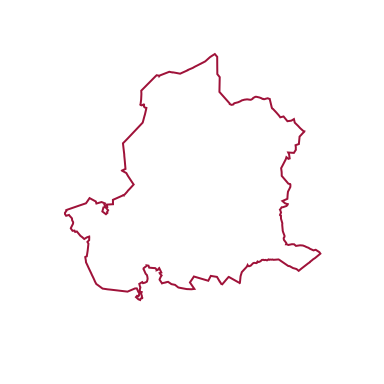 outline of Lauberes pag., Ogre, Latvia, rotated 332°
{"feature_id": "27541924B63076675035337", "entity_name": "Lauberes pag.", "entity_type": "district", "adm_level": 2, "iso_a3": "LVA", "parent_name": "Latvia", "parent_adm1": "Ogre", "projection": "albers", "projection_center": [25.005, 56.837], "detail": "fine", "context": "isolated", "style": "outline", "palette": "rose", "viewbox_px": 384, "rotation_deg": 332, "n_neighbors": 0, "source": "geoboundaries", "source_scale": "gbopen_adm2", "svg_char_len": 5740}
<svg xmlns="http://www.w3.org/2000/svg" viewBox="0 0 384 384"><g transform="rotate(332 192 192)"><path d="M213.8,72.8L202.2,76.4L194.8,78.7L194.2,79.9L193.4,81.6L190.5,86.5L187.9,90.2L187.4,90.6L187.4,91.0L188.3,91.9L190.4,92.0L190.7,92.3L190.4,92.9L190.0,93.4L189.8,93.9L189.8,94.8L190.1,95.3L191.2,96.3L190.6,97.1L190.1,97.7L186.8,101.5L185.6,102.7L183.0,105.5L181.5,107.1L181.2,107.4L181.0,107.6L159.9,114.7L153.9,116.6L151.8,121.9L149.9,126.8L149.1,128.5L147.5,132.4L144.1,140.4L140.2,140.2L140.2,140.3L142.9,144.4L143.0,147.9L143.7,155.4L143.8,156.2L144.0,158.0L138.4,160.0L136.2,160.7L134.7,161.4L131.4,162.6L131.0,162.7L130.0,162.5L129.9,162.8L129.7,162.6L121.0,162.0L118.5,161.8L116.5,165.7L110.8,163.1L110.1,165.6L108.6,165.5L109.4,168.7L107.6,169.8L107.5,170.7L105.6,171.2L103.7,167.1L106.6,164.0L107.7,164.4L107.8,164.4L108.7,163.5L108.7,161.9L109.7,161.1L107.4,158.4L102.2,157.3L102.6,155.2L98.7,149.3L94.5,151.5L93.1,152.2L92.5,152.1L86.4,151.1L73.1,149.0L72.4,149.0L72.4,149.4L72.4,149.6L70.0,150.8L69.5,151.9L69.7,153.9L72.6,154.5L72.6,154.9L72.7,155.2L73.0,156.4L73.6,158.8L73.5,159.3L73.2,160.0L73.0,160.3L72.9,160.7L72.9,162.8L72.6,163.4L72.0,164.2L68.2,166.9L67.9,167.2L68.3,170.2L70.1,170.9L70.1,172.4L71.8,172.8L72.9,178.3L73.9,180.4L74.8,182.9L77.9,182.7L80.3,183.1L80.1,183.6L78.6,186.2L76.2,187.0L76.2,187.3L76.3,189.0L72.2,195.0L68.9,199.4L67.3,199.2L67.2,199.3L66.1,202.7L65.4,204.3L65.3,207.0L65.1,210.3L64.8,217.0L64.7,217.9L64.7,218.4L64.6,221.4L64.4,224.7L64.3,225.1L64.3,225.3L64.3,228.3L65.5,230.7L67.7,235.3L71.9,238.4L74.3,240.0L88.3,249.7L96.4,250.4L98.0,251.2L98.0,251.3L97.7,254.9L97.9,255.9L97.8,257.0L97.2,257.5L96.7,258.4L95.7,258.9L94.8,257.9L93.2,258.5L93.5,259.3L94.3,261.6L95.5,263.0L96.1,262.4L96.5,262.1L97.2,262.2L98.2,262.4L98.3,262.3L98.4,262.1L98.1,261.8L98.1,261.6L98.7,260.9L98.8,260.2L99.1,259.8L99.1,259.1L99.2,258.5L99.3,258.2L99.2,257.8L99.5,257.6L100.4,257.0L100.6,256.7L99.8,256.2L99.3,255.7L99.2,255.5L100.0,254.0L100.3,253.4L101.5,252.2L101.7,251.8L101.7,251.6L101.6,251.4L102.3,248.4L105.2,248.2L105.8,248.2L105.9,249.3L106.0,249.4L106.0,249.5L108.1,250.0L109.8,250.0L110.2,249.9L111.4,248.6L111.8,248.1L112.0,247.9L112.3,247.3L112.3,247.2L112.8,245.9L113.2,244.2L112.7,242.4L113.0,238.4L113.0,237.2L113.5,236.6L117.8,235.8L117.8,235.7L119.0,236.6L118.7,238.7L122.2,241.0L123.7,241.9L123.9,242.2L124.0,242.7L124.3,243.9L124.2,244.2L124.0,244.5L125.2,244.7L125.7,244.5L126.9,243.9L127.3,243.8L127.2,246.8L127.1,248.7L125.4,248.4L125.5,249.8L126.0,251.4L124.7,252.1L123.8,252.8L122.5,253.8L122.2,254.2L122.6,258.2L122.6,258.6L123.5,258.7L126.6,259.6L126.8,259.5L128.7,260.1L130.6,263.7L133.4,266.0L135.1,269.9L137.3,271.7L141.7,275.2L145.8,277.6L148.6,278.7L147.7,270.9L151.7,268.8L154.0,267.5L164.7,278.0L169.2,274.9L174.2,278.7L174.4,283.1L174.4,283.7L174.5,283.7L174.8,287.9L174.6,288.0L179.0,286.3L180.7,285.6L184.4,284.2L184.6,284.2L189.6,292.0L189.8,292.3L189.9,292.5L191.4,294.7L191.4,294.8L191.5,294.8L191.7,294.6L195.2,289.4L195.4,289.1L198.4,286.1L205.3,283.7L206.8,282.6L206.8,283.5L207.0,283.9L207.4,284.2L208.1,284.5L208.9,284.5L209.2,284.6L212.4,283.6L213.6,283.7L215.4,285.0L215.8,285.1L216.4,284.8L216.9,284.2L217.3,284.1L217.4,284.3L217.7,284.9L218.1,285.2L220.0,285.3L221.7,284.8L221.9,284.8L222.7,285.2L223.1,285.3L223.7,286.0L224.2,286.2L225.3,286.6L225.7,287.2L226.2,287.6L226.6,287.6L227.9,287.4L228.0,287.5L228.3,288.1L228.7,288.1L229.4,288.4L230.8,289.3L231.2,289.3L231.7,289.7L232.2,290.2L236.8,292.2L237.4,293.2L242.3,302.6L243.4,303.3L245.5,306.6L246.7,307.7L247.1,308.1L247.8,308.8L248.1,309.1L249.2,311.7L252.6,311.0L261.3,309.5L261.6,309.5L263.2,309.3L263.3,309.1L266.5,308.5L267.2,308.3L269.6,308.1L275.5,306.9L276.4,306.7L276.2,304.9L274.1,301.1L271.9,300.6L269.5,297.5L268.7,296.0L267.2,294.3L266.2,292.9L264.8,291.3L262.4,289.8L258.5,288.4L257.6,286.1L255.7,285.0L252.2,284.0L251.1,282.6L250.5,282.3L251.0,281.8L251.2,281.5L251.3,281.2L250.7,277.5L251.0,276.4L251.3,275.8L251.6,275.5L251.8,275.4L252.2,275.3L252.5,274.9L253.0,274.5L253.1,274.3L253.6,270.4L253.9,268.8L254.2,268.2L256.2,263.4L256.9,262.3L257.1,261.9L258.0,257.6L258.1,257.2L259.4,254.7L259.0,254.2L258.9,253.9L258.9,253.6L261.0,251.9L261.3,250.1L261.3,249.8L261.4,248.9L261.5,248.9L263.2,248.0L264.0,247.6L265.1,248.1L268.9,248.7L270.5,248.1L270.9,247.7L269.7,246.6L269.0,245.8L268.7,245.3L267.6,242.4L272.9,242.8L273.0,242.8L275.1,239.4L276.8,236.9L277.0,236.7L278.0,236.0L279.0,235.3L281.2,233.7L282.2,232.0L282.4,231.3L282.4,231.1L281.0,229.9L278.8,219.9L280.5,216.5L281.9,212.8L284.3,211.2L290.2,207.1L291.7,205.6L292.7,208.0L294.0,208.2L295.4,204.3L295.5,202.3L300.3,205.3L303.5,203.5L303.5,203.3L304.6,201.4L305.4,199.3L308.9,199.8L313.0,193.6L317.6,192.0L319.4,191.5L319.7,191.2L319.0,190.6L317.5,186.5L316.7,183.4L315.8,180.6L315.3,179.0L316.2,175.5L314.2,175.6L313.1,175.6L309.5,174.3L308.3,168.3L305.0,167.5L304.7,165.4L303.8,161.5L302.5,156.7L302.0,155.8L302.1,154.8L303.7,148.6L304.3,146.3L304.0,146.1L303.7,145.8L302.9,144.8L301.0,144.3L299.7,144.1L299.2,143.9L298.9,143.7L298.8,143.4L297.9,142.9L297.9,142.7L297.4,141.9L295.9,140.2L293.6,138.2L292.6,137.7L290.2,137.7L289.1,138.2L288.5,138.2L287.6,138.2L287.1,138.1L285.7,137.2L284.7,136.4L284.0,136.0L281.6,135.1L278.9,134.5L277.4,134.6L274.8,134.4L271.9,133.7L271.1,133.5L270.2,133.7L269.7,134.1L269.1,134.0L267.8,133.6L266.6,132.1L266.8,131.7L266.8,131.4L264.0,119.8L263.2,116.5L270.4,103.6L269.7,99.8L273.7,92.1L277.7,84.5L276.9,80.9L272.9,81.2L271.1,81.4L264.9,82.9L253.0,82.7L251.0,82.8L245.5,82.3L245.4,82.5L238.0,82.0L237.3,82.0L237.0,81.9L236.0,81.1L233.9,79.4L231.2,77.3L230.9,77.3L228.4,75.2L218.3,74.0L217.5,74.3L217.6,73.9L215.6,72.3L213.8,72.8Z" fill="none" stroke="#9f1239" stroke-width="2"/></g></svg>